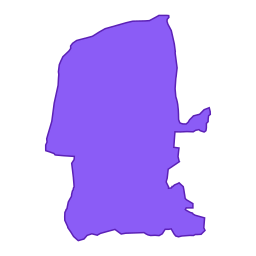 Maghrib Ans, Dhamar, Yemen (Albers equal-area conic projection), rotated 180°
{"feature_id": "15242507B95174628891381", "entity_name": "Maghrib Ans", "entity_type": "district", "adm_level": 2, "iso_a3": "YEM", "parent_name": "Yemen", "parent_adm1": "Dhamar", "projection": "albers", "projection_center": [44.109, 14.465], "detail": "fine", "context": "isolated", "style": "filled", "palette": "violet", "viewbox_px": 256, "rotation_deg": 180, "n_neighbors": 0, "source": "geoboundaries", "source_scale": "gbopen_adm2", "svg_char_len": 2748}
<svg xmlns="http://www.w3.org/2000/svg" viewBox="0 0 256 256"><g transform="rotate(180 128 128)"><path d="M179.4,215.5L183.4,212.7L185.4,210.0L185.3,207.6L186.2,206.2L187.3,204.8L193.1,199.3L195.2,194.9L196.7,191.3L197.6,184.2L197.2,181.6L197.5,178.2L197.9,170.7L201.8,152.9L204.2,134.7L205.8,129.2L208.2,121.1L209.3,117.2L209.0,114.1L209.1,113.6L210.3,111.0L210.3,106.3L210.2,105.3L206.7,104.2L202.0,102.5L200.9,101.1L199.2,100.9L192.6,100.3L181.7,99.6L181.8,97.4L181.9,96.4L184.3,92.7L182.6,78.4L182.6,78.1L182.1,72.3L181.9,69.1L182.6,67.9L182.7,66.5L183.6,65.0L184.4,61.5L184.5,59.8L185.3,58.3L186.2,56.8L187.7,54.0L189.0,47.7L189.0,47.3L189.9,46.5L190.1,45.6L191.1,43.6L191.3,39.1L191.2,35.7L188.2,29.1L188.2,28.4L185.0,23.7L184.1,22.2L183.2,20.8L182.4,19.5L178.1,15.7L177.7,15.4L172.0,17.0L168.9,20.6L167.2,21.2L165.3,21.8L164.2,22.2L158.7,20.8L157.5,21.6L157.2,21.7L155.6,22.6L148.5,24.6L141.0,26.6L140.8,26.4L135.8,22.7L134.8,22.0L130.2,22.8L121.1,23.1L111.9,23.4L110.2,22.2L109.4,21.8L108.0,21.1L105.3,20.5L101.5,20.7L100.7,20.7L96.9,20.4L93.7,22.2L90.9,26.7L90.4,26.7L87.4,26.7L84.8,27.1L81.9,22.0L80.3,20.0L77.5,19.2L74.2,20.0L66.1,20.6L62.6,20.5L60.7,21.5L58.3,21.5L54.9,21.7L53.6,23.0L51.0,25.6L52.2,28.2L51.4,38.1L61.0,40.8L63.0,42.0L63.2,42.4L63.5,42.9L65.9,43.6L68.6,45.1L69.5,45.5L70.7,46.5L69.8,48.1L67.2,48.1L63.1,48.1L63.1,48.5L63.1,52.4L69.5,56.2L70.8,57.5L71.4,61.5L71.5,62.0L72.1,65.9L72.7,69.0L72.8,69.4L75.0,71.4L76.9,73.2L77.9,72.6L81.6,71.0L83.0,69.6L84.0,69.5L84.1,68.8L84.3,68.4L84.6,68.1L85.3,68.0L87.5,67.7L87.5,69.2L87.5,69.4L87.9,70.0L89.0,72.3L89.8,73.9L89.7,74.5L89.5,75.5L88.8,77.8L87.8,86.8L76.7,94.3L76.8,94.4L78.0,99.5L77.9,100.2L77.7,102.0L77.5,103.9L77.4,104.9L77.0,108.0L82.2,108.7L81.3,120.9L81.0,124.2L75.5,124.1L69.0,124.4L62.7,124.2L60.4,125.7L57.0,126.4L55.8,125.3L51.9,124.0L51.2,124.4L50.1,125.3L49.9,126.2L49.6,128.2L49.6,131.3L49.6,132.5L49.2,133.0L47.9,134.3L47.8,137.2L47.6,138.4L47.6,138.7L47.5,139.6L47.4,140.3L45.7,141.6L45.7,142.0L45.8,143.1L45.8,143.7L45.8,144.3L46.6,147.6L46.8,148.3L47.5,148.0L51.9,146.3L56.4,141.7L56.9,141.6L57.6,141.4L58.1,141.3L62.6,140.1L63.6,139.0L66.4,136.2L67.9,133.7L69.9,132.0L73.2,132.1L75.2,132.7L76.2,133.3L76.5,134.0L77.4,136.4L77.5,140.4L77.5,141.4L77.6,143.7L77.7,145.9L78.3,151.6L78.8,154.3L79.4,156.7L80.2,159.3L80.9,167.3L80.2,177.5L79.8,180.0L79.6,181.9L78.9,188.1L80.9,203.3L80.7,204.3L81.7,212.1L84.7,225.4L88.2,232.0L88.6,233.4L89.0,234.7L88.8,236.7L87.1,238.7L87.3,240.4L89.4,240.6L97.1,240.6L97.7,240.2L100.4,238.7L106.0,235.7L106.5,235.4L110.7,235.1L123.3,234.8L129.7,233.3L145.2,228.9L150.9,227.3L156.9,223.9L163.6,219.7L170.9,217.7L171.1,217.7L173.3,217.1L175.7,216.5L179.4,215.5Z" fill="#8b5cf6" stroke="#5b21b6" stroke-width="1.5"/></g></svg>